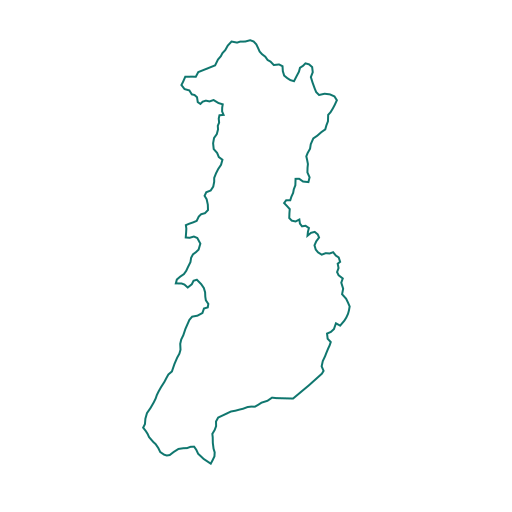 Ibirapitanga, Bahia, Brazil, rotated 9°
{"feature_id": "56859067B82282843362719", "entity_name": "Ibirapitanga", "entity_type": "district", "adm_level": 2, "iso_a3": "BRA", "parent_name": "Brazil", "parent_adm1": "Bahia", "projection": "natural_earth1", "projection_center": [-39.442, -14.059], "detail": "fine", "context": "isolated", "style": "outline", "palette": "teal", "viewbox_px": 512, "rotation_deg": 9, "n_neighbors": 0, "source": "geoboundaries", "source_scale": "gbopen_adm2", "svg_char_len": 3651}
<svg xmlns="http://www.w3.org/2000/svg" viewBox="0 0 512 512"><g transform="rotate(9 256 256)"><path d="M331.6,240.2L328.3,242.0L324.4,242.3L320.7,244.4L316.7,242.7L314.0,240.3L312.1,236.3L313.2,232.1L315.4,227.9L313.6,225.0L310.2,223.0L306.7,224.5L303.7,227.9L303.5,223.9L303.9,220.1L300.2,218.4L296.8,219.5L294.3,217.1L293.1,213.2L289.7,215.7L285.8,215.5L282.9,213.3L282.3,208.3L282.0,204.4L278.9,201.9L275.5,199.3L277.1,196.2L281.1,195.6L281.7,191.8L282.8,187.9L282.9,184.2L283.8,180.0L283.0,173.6L286.6,173.0L290.8,175.1L296.2,174.8L296.6,169.9L293.7,165.4L293.1,160.8L292.9,157.1L291.5,153.2L290.1,149.7L290.9,146.2L292.6,141.6L292.6,137.0L294.2,130.9L297.7,127.6L301.2,123.4L304.6,120.1L305.1,115.9L306.0,111.7L305.2,105.3L307.1,102.4L308.8,98.3L310.1,94.5L311.5,89.5L308.5,86.1L303.7,84.8L298.4,85.0L293.1,87.1L289.8,84.7L287.9,81.6L284.7,75.8L282.2,70.7L283.3,65.6L281.9,60.6L278.4,58.4L274.7,58.0L272.7,60.8L270.0,63.2L269.6,67.2L267.8,72.5L266.2,77.4L262.4,76.9L259.0,75.4L255.6,73.4L253.6,69.3L252.5,64.4L248.8,63.2L243.7,64.6L239.9,61.7L236.8,60.6L234.0,57.7L230.3,55.7L227.6,53.5L225.6,50.4L223.2,46.9L220.1,44.5L216.5,43.8L211.7,45.9L206.9,46.7L203.9,48.2L198.3,48.0L195.2,52.6L193.4,57.5L191.1,60.9L190.0,64.2L187.7,67.9L185.8,74.1L170.2,83.4L168.5,88.4L164.5,88.9L161.4,89.5L158.1,90.0L156.7,95.4L155.6,98.8L159.3,102.3L164.3,102.9L167.3,106.4L170.1,106.6L172.9,108.4L174.4,113.1L177.3,114.5L179.2,111.9L182.2,110.4L185.9,110.6L189.7,108.6L195.0,110.8L199.4,111.4L199.4,114.8L199.9,118.5L201.9,121.7L197.9,122.7L197.7,126.1L198.7,130.0L197.9,133.4L198.7,136.9L198.2,141.8L196.1,146.0L196.0,151.4L197.5,157.0L201.5,160.3L203.8,164.1L207.8,166.2L207.2,171.4L205.1,175.9L203.6,180.5L202.5,185.4L203.1,189.3L202.9,194.2L201.0,198.4L196.9,200.8L195.8,204.6L198.4,207.7L200.4,212.9L201.4,218.1L198.9,221.7L195.3,223.3L193.3,226.0L191.9,230.6L188.7,232.6L185.1,234.5L181.9,236.5L182.9,239.8L183.3,243.7L183.7,248.7L187.6,248.4L191.6,246.5L195.2,247.4L199.1,252.5L198.3,258.7L196.0,261.7L193.5,264.2L192.2,267.9L192.2,272.3L190.5,277.7L189.4,281.6L187.6,285.2L184.4,288.2L181.5,291.6L181.1,295.6L186.8,294.8L189.8,295.4L193.5,297.8L197.0,294.0L198.2,290.2L201.3,288.7L206.3,292.4L209.5,295.8L211.4,299.8L212.3,304.2L213.4,307.6L216.4,310.8L216.4,314.3L212.8,316.0L212.0,320.7L207.5,324.1L202.4,325.9L200.2,329.5L199.1,333.7L197.7,339.0L196.6,345.6L195.2,350.2L194.9,354.6L196.1,360.4L195.6,364.5L194.1,368.6L192.4,375.2L191.0,383.2L188.0,386.7L186.6,390.5L185.2,394.7L182.8,400.2L181.0,405.0L179.8,408.9L179.2,412.4L177.9,416.6L175.6,422.6L172.9,428.2L172.2,433.9L172.6,439.4L171.4,443.2L174.5,446.1L176.8,448.7L178.7,451.6L181.3,453.8L183.7,455.8L186.3,457.5L189.5,460.9L192.1,464.6L196.3,466.6L199.1,467.0L201.9,466.1L205.4,462.4L209.6,458.7L214.4,457.2L218.0,456.5L221.2,454.7L224.7,454.0L227.3,456.7L229.8,460.4L233.1,462.6L236.0,464.6L239.7,466.3L243.8,468.2L245.1,464.4L246.3,460.4L245.9,456.4L244.2,452.9L242.6,447.4L241.6,441.8L240.7,438.5L242.4,434.3L243.2,430.3L242.4,425.7L243.9,421.5L255.6,413.5L259.9,412.0L263.9,410.2L267.1,408.9L271.3,406.5L274.8,405.5L278.5,405.0L281.5,402.6L284.4,400.0L290.0,397.2L294.0,393.4L298.2,393.2L314.9,391.0L323.0,381.7L328.2,375.8L339.5,361.9L340.7,358.9L338.1,354.7L338.4,349.3L339.9,344.2L340.6,340.9L341.8,335.9L342.7,332.8L343.3,329.3L339.7,326.5L338.3,321.5L341.8,319.3L344.4,316.0L345.5,310.0L350.0,311.6L353.4,306.0L354.8,302.7L355.9,298.8L356.3,295.4L356.4,291.2L354.2,287.7L351.7,284.1L347.0,280.3L347.2,274.7L344.4,269.0L345.2,264.6L340.6,262.1L338.6,259.2L339.4,255.0L337.9,250.8L340.0,248.6L337.9,244.5L334.8,243.1L331.6,240.2Z" fill="none" stroke="#0f766e" stroke-width="2"/></g></svg>